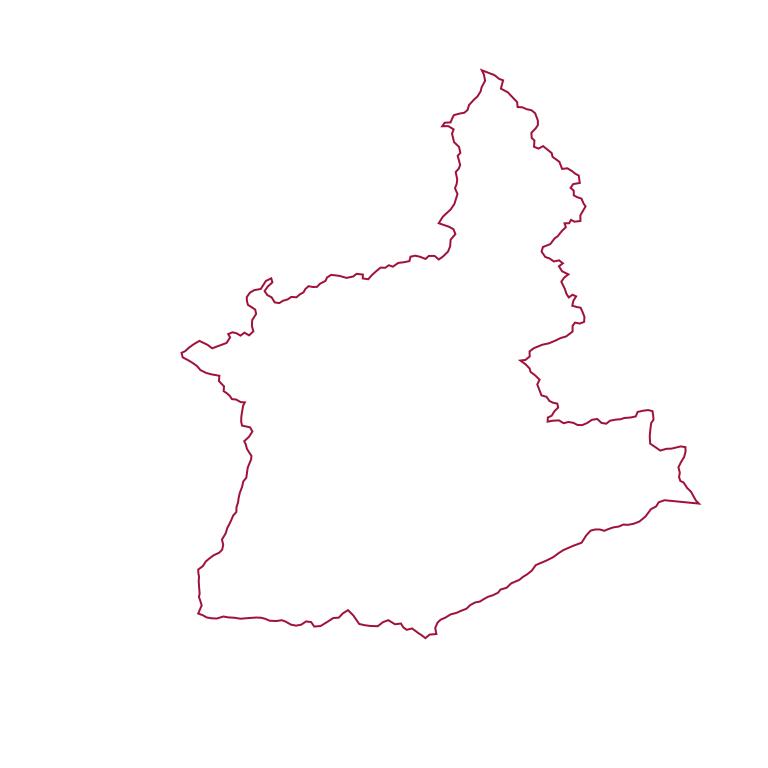 São José dos Pinhais, Paraná, Brazil (Natural Earth projection), rotated 247°
{"feature_id": "56859067B24431474585415", "entity_name": "São José dos Pinhais", "entity_type": "district", "adm_level": 2, "iso_a3": "BRA", "parent_name": "Brazil", "parent_adm1": "Paraná", "projection": "natural_earth1", "projection_center": [-49.071, -25.647], "detail": "fine", "context": "isolated", "style": "outline", "palette": "rose", "viewbox_px": 768, "rotation_deg": 247, "n_neighbors": 0, "source": "geoboundaries", "source_scale": "gbopen_adm2", "svg_char_len": 5254}
<svg xmlns="http://www.w3.org/2000/svg" viewBox="0 0 768 768"><g transform="rotate(247 384 384)"><path d="M133.4,334.5L139.4,335.8L143.4,340.0L144.9,344.0L145.0,349.5L145.9,355.4L145.0,361.2L145.1,366.5L144.9,372.0L146.8,377.0L147.3,382.5L146.3,387.3L147.0,391.9L147.5,396.7L147.0,401.5L147.3,407.3L149.3,411.1L148.5,417.2L150.8,423.2L150.8,432.0L152.1,436.3L152.9,441.5L154.4,447.0L158.0,453.0L158.0,464.5L158.5,472.1L160.0,478.3L161.0,483.8L161.1,490.0L161.1,495.6L160.7,503.9L165.5,510.8L168.3,517.0L167.5,521.8L165.7,525.9L162.8,529.4L162.8,534.0L162.4,539.1L161.0,544.6L161.1,549.4L159.0,553.6L157.8,559.3L157.6,565.3L159.9,573.0L164.5,580.8L164.9,586.5L167.8,590.7L167.4,596.8L150.9,627.1L154.7,625.6L159.1,625.1L164.9,624.5L169.9,622.4L176.2,621.3L179.0,618.9L183.0,619.2L186.7,621.6L192.3,622.5L195.9,626.7L199.5,631.7L203.8,635.1L208.1,636.8L210.6,632.8L212.2,623.3L214.0,618.7L214.8,612.3L221.1,608.3L225.1,605.7L232.1,608.2L238.4,611.6L243.7,614.7L245.8,618.1L250.2,619.6L254.2,620.5L256.8,616.9L258.0,612.8L259.2,606.5L255.8,603.1L256.8,597.9L258.8,592.0L259.2,587.6L260.7,583.4L261.9,577.7L260.6,573.1L263.2,569.0L268.5,566.6L269.8,561.4L268.7,555.6L268.7,550.3L270.7,546.1L274.2,543.2L277.0,538.9L277.7,534.0L282.1,530.9L284.3,524.9L285.4,519.9L289.1,521.7L289.3,526.0L292.2,530.0L294.3,535.1L298.2,535.9L300.8,532.2L303.8,529.6L308.7,528.6L312.0,524.5L316.9,524.7L323.7,524.9L327.2,528.9L332.9,526.5L337.9,523.6L341.4,524.1L346.7,522.1L352.3,518.7L350.9,523.6L352.4,528.9L357.1,530.7L358.4,535.8L358.3,545.0L357.0,551.8L357.0,559.2L357.3,564.5L356.6,570.2L358.6,578.1L363.8,580.3L365.9,583.8L363.1,587.9L363.0,592.5L367.4,594.7L372.7,594.9L377.4,594.8L379.5,591.6L382.5,587.9L386.7,590.9L389.6,595.1L392.5,592.4L391.5,587.9L395.7,587.2L401.0,587.6L408.9,587.2L411.5,591.4L412.9,596.6L418.1,592.0L424.0,591.0L425.2,595.8L429.4,593.5L430.4,588.3L434.9,585.4L437.9,582.1L444.3,580.8L448.0,583.8L447.8,591.7L451.3,597.8L452.2,601.7L455.4,607.6L457.2,612.6L461.4,613.0L459.6,617.2L462.0,620.3L459.0,622.7L457.3,628.5L462.5,630.6L468.7,638.9L472.5,638.2L477.5,638.2L480.5,634.8L483.5,632.4L487.8,634.2L491.6,632.4L494.1,636.2L492.6,642.8L499.8,644.7L502.6,642.4L506.4,640.3L510.9,637.1L512.4,632.0L520.1,632.2L527.2,627.9L531.0,628.6L535.2,626.4L540.8,623.4L540.3,618.2L543.8,614.8L549.3,617.6L552.8,616.1L557.6,617.8L560.1,623.6L562.3,626.9L566.5,628.6L574.2,628.9L578.4,626.7L581.2,622.7L584.7,619.4L586.7,615.2L591.5,616.7L604.2,611.9L610.2,607.0L617.0,612.3L619.9,609.2L625.1,606.4L634.6,596.6L629.7,596.9L623.6,595.5L618.8,589.6L615.7,587.4L612.1,582.3L610.6,577.9L607.6,571.3L603.6,568.0L602.3,564.0L603.4,559.2L604.2,553.4L601.6,550.3L598.8,547.5L600.8,542.0L598.5,538.3L596.3,543.9L591.2,547.6L587.8,544.4L579.2,543.0L573.0,545.7L566.9,544.6L565.3,541.0L555.9,539.7L553.1,537.1L551.1,532.8L543.6,531.3L539.8,529.1L536.4,525.8L530.2,525.9L522.3,519.2L518.7,513.7L515.0,503.5L510.6,497.2L503.1,505.5L499.4,508.4L494.1,508.3L490.8,501.7L484.9,498.7L480.9,494.7L478.3,488.1L477.2,483.1L482.1,480.6L484.4,475.3L482.9,471.1L487.2,466.7L490.0,462.7L490.8,458.1L487.2,455.4L488.2,450.3L489.9,444.4L488.5,438.0L491.4,434.9L490.5,430.5L492.5,426.3L490.7,420.4L488.8,415.0L486.6,410.4L489.5,405.7L493.0,407.3L496.1,401.8L495.0,397.8L496.3,391.0L501.1,385.0L505.1,378.0L504.3,373.2L501.8,370.5L501.3,364.2L499.6,360.3L501.1,356.4L503.5,352.8L502.2,348.8L499.8,345.7L499.4,341.6L498.0,337.3L500.4,332.7L499.5,328.4L500.1,323.6L499.4,319.2L501.8,315.3L507.7,314.4L511.5,311.3L516.2,310.4L519.1,315.0L521.2,321.0L525.3,321.5L525.0,315.5L519.6,307.7L521.1,301.4L520.5,296.3L517.6,291.6L513.8,290.2L509.9,289.7L506.8,291.9L502.9,294.5L498.5,293.7L494.4,287.7L489.1,285.1L483.5,284.3L481.5,278.8L485.8,275.6L484.6,270.8L488.3,268.1L490.8,264.7L490.8,260.1L487.0,260.5L483.3,255.1L483.6,248.7L484.0,239.8L489.1,236.8L495.8,230.9L495.0,224.6L493.6,218.4L491.9,213.8L491.8,209.8L487.2,209.1L482.3,213.1L478.6,215.8L473.8,218.8L468.5,220.5L463.7,224.6L460.4,228.8L455.9,235.7L451.2,233.2L444.3,235.8L440.1,233.6L436.7,235.8L433.3,237.4L429.5,238.1L427.5,241.8L423.2,245.1L421.5,248.7L419.0,245.8L413.9,242.5L409.5,239.8L405.1,237.8L401.2,237.1L396.4,243.8L391.7,244.3L388.2,239.2L386.0,233.0L382.5,233.2L377.9,232.5L373.5,233.2L369.6,233.9L366.4,232.1L360.3,225.9L351.5,220.6L349.3,216.4L344.9,213.3L340.1,208.7L335.8,205.6L332.0,203.4L328.3,200.1L323.9,198.1L321.8,193.7L318.1,189.9L315.6,187.1L312.9,183.7L308.3,179.8L304.1,174.0L298.9,173.2L294.7,170.3L293.1,166.3L292.9,160.3L291.7,155.3L290.3,150.7L287.2,146.2L285.8,140.5L282.4,139.2L279.1,138.5L274.9,136.4L269.2,134.4L263.1,132.4L260.2,130.4L256.5,130.2L251.5,129.7L245.3,123.3L242.2,126.6L238.3,129.7L235.9,133.4L233.5,138.3L232.7,145.4L230.1,149.3L227.2,155.1L224.0,160.2L222.2,165.7L220.7,170.1L219.0,175.0L216.9,179.5L214.3,182.9L210.8,186.2L207.9,192.3L206.4,197.8L203.8,200.5L198.7,204.5L195.9,208.7L194.8,213.8L195.9,219.5L193.3,223.9L188.0,225.0L186.0,231.0L187.3,239.8L188.4,245.8L186.6,251.1L188.9,256.4L189.9,262.5L182.7,265.4L172.8,267.4L169.5,272.0L166.5,277.1L163.5,283.6L165.2,290.1L164.9,295.7L158.5,300.3L156.9,306.0L152.4,306.7L148.9,308.8L148.0,314.3L144.9,316.2L141.4,318.2L138.5,320.2L133.9,322.8L135.5,328.1L133.4,334.5Z" fill="none" stroke="#9f1239" stroke-width="2"/></g></svg>